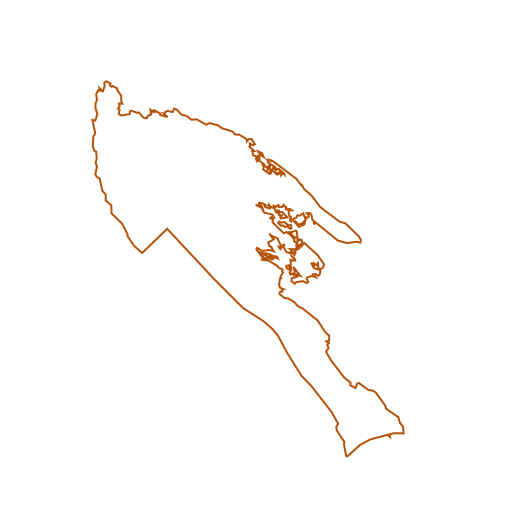 the district of Buton Utara, Sulawesi Tenggara, Indonesia, rotated 313°
{"feature_id": "22746128B51044624823813", "entity_name": "Buton Utara", "entity_type": "district", "adm_level": 2, "iso_a3": "IDN", "parent_name": "Indonesia", "parent_adm1": "Sulawesi Tenggara", "projection": "equal_earth", "projection_center": [123.089, -4.753], "detail": "fine", "context": "isolated", "style": "outline", "palette": "amber", "viewbox_px": 512, "rotation_deg": 313, "n_neighbors": 0, "source": "geoboundaries", "source_scale": "gbopen_adm2", "svg_char_len": 6121}
<svg xmlns="http://www.w3.org/2000/svg" viewBox="0 0 512 512"><g transform="rotate(313 256 256)"><path d="M226.9,484.9L231.6,479.8L232.0,475.3L235.2,470.1L233.0,455.0L234.6,453.1L237.8,436.7L237.3,433.6L234.6,429.2L233.3,417.8L231.5,417.0L227.3,418.8L225.7,413.1L227.8,411.7L227.3,402.9L230.9,381.9L233.4,373.4L234.0,372.3L238.1,372.0L239.8,368.5L242.1,368.8L241.5,365.7L244.0,367.1L247.6,364.0L247.5,358.6L250.9,345.1L249.4,326.0L247.8,320.6L248.4,315.3L246.8,308.4L244.7,305.4L244.2,299.0L246.3,297.9L247.9,299.5L249.3,297.8L250.4,298.6L249.2,295.3L250.4,292.8L255.8,288.9L256.8,289.7L257.7,288.0L262.5,286.9L262.5,285.6L264.4,284.6L262.9,280.9L263.3,278.5L261.1,268.0L257.2,263.0L259.2,262.1L261.2,251.6L262.6,251.2L264.0,257.0L269.7,262.0L271.5,265.9L273.1,260.6L272.4,259.1L274.2,255.6L280.2,257.6L281.4,250.4L281.4,253.8L283.6,259.8L280.3,267.6L284.3,269.1L281.7,269.2L279.6,275.6L280.8,278.4L284.7,278.5L284.4,276.4L287.7,280.1L290.9,280.3L290.6,278.8L293.2,276.9L292.8,273.7L294.2,273.0L295.0,266.2L294.1,261.8L291.6,260.8L291.9,245.1L294.1,243.7L293.5,240.6L294.9,240.7L296.4,243.2L297.5,240.1L293.4,232.4L294.0,229.4L295.0,229.1L295.0,226.2L293.0,221.0L294.9,223.7L295.5,227.8L296.5,225.8L296.0,222.6L297.1,222.0L299.2,225.3L299.8,228.2L298.8,227.6L298.1,229.2L300.1,233.8L301.4,233.0L301.5,230.7L302.3,230.2L301.9,233.4L303.6,237.2L305.8,236.9L304.6,235.8L304.8,233.6L305.0,235.9L308.0,238.0L309.1,236.8L307.4,239.4L309.6,241.5L312.2,241.4L312.3,242.8L311.9,241.6L311.2,242.4L312.3,243.6L312.0,245.3L310.5,246.0L313.6,248.8L313.9,251.1L311.4,248.6L308.1,252.8L308.5,254.8L305.0,256.8L305.4,258.2L307.1,257.4L311.5,259.4L313.8,258.5L315.7,260.7L319.4,261.4L317.3,265.7L318.3,265.2L318.5,267.2L320.9,267.7L322.1,266.3L321.6,264.1L321.7,263.8L324.2,266.2L323.7,268.8L320.9,272.7L323.1,305.3L327.5,313.7L335.0,319.8L336.8,323.1L339.2,321.9L340.5,318.1L340.8,298.9L338.1,293.9L335.6,269.7L338.0,255.4L337.8,245.3L339.2,241.5L339.2,239.5L338.3,241.8L340.0,233.3L337.6,209.7L336.6,202.3L335.4,202.2L335.6,200.0L334.0,198.7L333.8,200.4L332.4,200.9L334.2,208.9L333.5,211.2L332.3,210.7L332.0,211.9L335.1,212.8L335.6,220.2L334.9,221.4L334.9,219.2L332.4,219.2L334.3,217.7L333.9,215.7L332.4,217.0L331.1,214.9L330.9,216.4L330.0,216.0L329.4,207.4L327.8,209.6L326.5,210.6L325.1,209.6L324.2,202.1L326.4,201.1L327.4,197.9L327.9,200.7L328.7,199.6L327.8,192.8L325.9,192.2L327.1,189.8L329.4,192.3L331.2,190.5L330.7,189.0L329.2,189.4L327.8,185.3L330.0,181.8L331.5,183.2L331.6,175.7L332.0,177.3L334.0,174.9L335.1,178.4L337.0,178.9L338.5,172.9L336.4,170.9L333.7,171.1L335.0,169.5L334.1,164.5L333.2,161.0L330.5,157.5L331.0,154.0L326.1,143.6L325.7,139.2L321.7,131.6L318.1,130.0L315.5,119.5L311.6,115.8L311.1,109.6L308.5,105.0L309.0,98.2L307.9,95.6L304.3,96.8L301.8,92.3L298.9,91.4L297.9,92.3L297.2,91.2L297.3,96.6L293.8,89.8L294.8,88.5L293.3,82.5L292.3,83.5L291.9,81.8L291.0,82.3L290.9,79.1L288.1,82.7L284.7,81.4L282.2,82.2L280.3,79.1L281.2,72.6L279.5,71.2L277.5,66.0L276.0,65.2L273.6,66.8L266.7,61.5L266.4,58.6L270.0,56.5L269.5,54.6L272.6,54.1L274.0,51.8L276.2,54.4L277.3,51.8L281.3,48.1L282.5,41.9L283.9,40.2L282.5,35.2L281.3,34.8L281.2,32.7L283.0,31.9L281.5,27.2L279.0,27.1L277.2,29.4L272.1,31.6L272.0,27.1L270.6,29.3L269.8,27.5L265.4,28.7L261.6,33.3L257.9,34.7L254.7,37.7L251.7,43.2L245.4,46.1L243.9,43.5L236.1,54.8L232.3,55.6L225.1,61.7L222.7,65.7L223.3,67.9L218.8,72.9L214.7,75.3L212.9,78.7L206.3,82.7L205.3,85.3L206.0,89.0L198.9,99.1L198.4,104.3L194.1,108.2L194.4,115.6L188.6,121.4L188.4,135.8L184.4,147.0L182.9,148.5L180.3,159.8L180.6,170.7L215.3,172.5L210.5,241.9L209.1,282.0L213.4,305.6L213.8,317.7L212.6,326.6L206.4,345.0L199.4,370.8L198.6,385.5L193.5,417.5L189.3,430.6L185.8,431.2L183.4,434.3L180.3,447.4L178.0,449.0L171.2,458.5L171.9,459.5L188.7,460.9L199.4,464.5L215.0,474.2L215.0,477.4L216.7,475.3L220.3,477.6L226.9,484.9ZM284.1,281.6L282.2,280.0L280.3,281.6L279.7,285.7L280.4,285.7L279.4,288.3L279.2,288.6L279.5,287.0L277.7,286.2L276.7,283.9L269.5,291.4L266.5,292.1L266.0,293.9L267.9,294.4L267.6,296.5L271.0,295.2L273.4,290.7L271.8,301.7L270.8,299.6L269.0,300.2L263.9,297.3L261.9,299.1L262.0,303.3L264.5,303.3L269.7,307.6L270.6,311.4L272.6,312.0L274.0,308.4L275.5,308.2L279.6,310.5L281.1,314.1L281.7,310.3L283.4,311.6L283.9,315.1L285.9,315.3L289.4,312.8L286.7,306.3L288.6,300.9L288.5,304.8L290.1,303.3L290.6,306.6L293.0,306.2L290.0,309.6L289.7,311.9L293.0,312.9L296.3,311.5L298.7,300.3L298.4,282.1L293.9,282.9L292.6,281.0L291.0,282.6L288.1,280.8L287.3,282.3L287.7,280.9L286.8,280.5L285.5,282.4L284.2,280.9L284.0,282.9L283.2,283.5L282.7,283.4L284.1,281.6ZM297.1,249.6L295.2,249.6L295.2,253.8L296.5,254.4L297.1,257.6L298.6,258.2L299.2,262.5L300.6,263.0L302.5,260.3L300.5,259.1L300.1,253.6L297.6,251.5L297.1,249.6ZM303.0,241.0L302.4,239.1L301.7,240.3L302.7,244.3L301.6,245.0L303.3,247.2L300.8,247.3L300.4,248.5L305.6,252.5L306.1,245.3L304.0,242.9L304.9,241.9L303.8,240.4L303.0,241.0ZM301.9,268.0L296.8,265.0L295.8,269.7L296.5,272.4L298.3,273.3L301.7,269.0L301.9,268.0ZM310.8,267.4L307.7,265.3L308.3,261.1L307.3,260.2L306.6,267.7L312.0,269.8L315.8,267.8L310.8,267.4ZM298.9,278.6L296.8,275.0L296.5,276.6L295.6,275.7L291.4,279.2L296.2,281.3L298.9,278.6ZM263.3,263.9L262.5,261.3L263.1,259.4L261.2,256.4L260.0,263.8L261.7,265.7L263.3,263.9ZM267.5,268.2L266.4,263.9L263.2,259.6L263.5,264.5L267.5,268.2ZM329.3,205.7L328.3,202.0L327.6,205.7L325.5,205.9L325.0,208.3L327.3,209.8L329.3,205.7ZM269.5,290.4L271.6,286.4L269.4,284.8L268.4,285.9L268.2,289.0L269.5,290.4ZM333.7,193.9L335.3,189.9L333.9,186.2L333.0,189.7L333.7,193.9ZM264.4,266.1L263.0,266.6L264.2,270.2L266.8,270.6L266.8,268.3L264.9,268.0L264.4,266.1ZM278.4,266.1L277.5,269.1L279.5,269.1L279.6,267.4L278.4,266.1ZM269.1,273.8L269.8,271.9L268.6,270.0L268.1,270.9L269.1,273.8ZM296.1,264.1L294.9,262.9L295.7,265.5L296.1,264.1ZM332.2,210.2L332.8,208.9L332.5,208.2L331.6,208.7L332.2,210.2ZM260.3,259.1L261.0,256.2L260.9,255.5L260.3,256.9L260.3,259.1ZM332.1,204.0L330.8,203.9L331.2,205.0L332.1,204.0ZM269.7,299.2L270.0,298.0L269.4,297.5L269.1,298.4L269.7,299.2ZM320.2,274.8L319.2,276.2L319.6,277.7L319.8,275.8L320.2,274.8Z" fill="none" stroke="#b45309" stroke-width="2"/></g></svg>